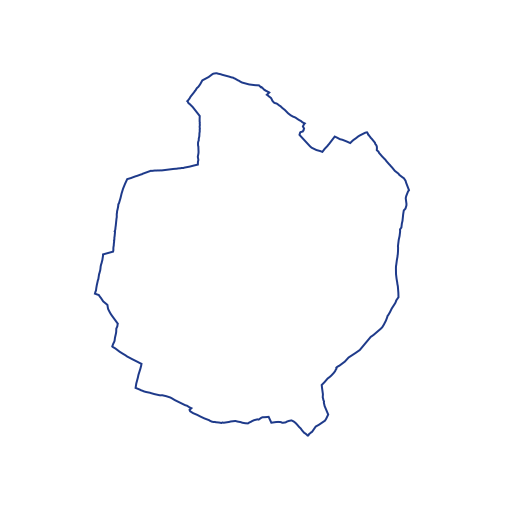 the district of Vegårshei nor, Aust-Agder, Norway, rotated 164°
{"feature_id": "86288312B64085971286736", "entity_name": "Vegårshei nor", "entity_type": "district", "adm_level": 2, "iso_a3": "NOR", "parent_name": "Norway", "parent_adm1": "Aust-Agder", "projection": "mercator", "projection_center": [8.831, 58.755], "detail": "fine", "context": "isolated", "style": "outline", "palette": "blue", "viewbox_px": 512, "rotation_deg": 164, "n_neighbors": 0, "source": "geoboundaries", "source_scale": "gbopen_adm2", "svg_char_len": 6033}
<svg xmlns="http://www.w3.org/2000/svg" viewBox="0 0 512 512"><g transform="rotate(164 256 256)"><path d="M378.3,334.7L379.0,332.2L379.2,331.6L379.8,330.4L382.5,323.7L383.2,322.2L383.5,321.3L383.8,320.8L384.0,320.1L385.0,318.7L384.8,318.5L384.8,318.3L385.0,317.7L386.5,313.9L387.1,312.7L387.5,311.2L388.2,310.1L388.1,309.7L388.5,308.9L388.7,308.2L389.1,307.4L389.9,305.2L390.6,303.8L391.0,302.7L391.5,300.9L392.2,299.6L402.6,299.7L402.9,298.6L404.8,294.5L405.2,293.8L405.5,293.4L406.3,291.9L407.2,290.6L408.1,289.0L408.9,287.0L409.7,285.2L411.4,282.4L411.8,281.9L414.0,277.1L414.6,276.4L417.1,271.8L418.4,269.1L419.3,267.0L420.3,265.7L421.2,264.2L418.6,262.3L417.9,261.9L417.3,260.0L416.7,258.6L416.0,256.4L415.4,254.5L413.0,251.0L412.3,249.9L412.6,247.6L412.7,246.8L412.7,245.4L412.2,242.9L411.7,240.7L411.0,238.5L407.5,229.0L407.8,228.6L408.7,226.6L410.3,224.7L411.3,221.6L412.0,220.1L414.1,216.3L414.9,214.4L415.5,213.2L416.3,212.2L417.5,210.9L419.1,208.7L418.9,208.2L416.7,205.9L413.5,201.6L410.8,198.6L408.9,196.6L407.4,194.7L406.7,194.1L403.6,191.1L398.4,186.3L397.6,185.5L395.8,183.9L396.8,181.9L398.3,179.4L401.8,174.1L403.0,171.8L406.2,166.5L408.1,162.4L404.4,159.5L403.9,158.9L402.2,157.7L401.0,156.7L399.2,155.6L395.5,153.7L395.0,153.3L391.8,151.3L387.4,148.9L386.6,148.5L384.5,148.0L383.1,147.2L381.1,146.1L377.5,143.7L376.3,142.6L373.8,139.9L365.2,132.1L363.6,131.1L361.7,128.9L360.1,127.5L362.3,126.4L362.1,124.9L359.8,122.3L356.2,119.4L353.8,117.1L350.5,114.2L346.2,111.0L346.0,110.6L344.2,109.0L342.5,108.1L341.2,107.8L340.5,107.3L337.4,106.1L335.2,105.0L334.2,105.2L333.0,104.6L327.6,103.9L325.9,103.9L321.3,103.1L319.3,101.9L316.6,100.6L315.1,99.5L312.4,98.2L309.9,97.3L309.4,97.4L308.4,97.8L306.7,98.0L305.2,98.4L303.1,98.7L299.7,98.6L298.5,98.0L295.6,99.0L294.3,99.2L291.0,98.4L288.2,97.9L287.2,91.5L282.7,90.9L280.4,90.4L277.9,89.5L277.2,88.8L276.3,88.3L273.6,87.9L272.5,88.1L272.0,88.3L269.9,88.4L267.3,88.2L266.3,87.4L265.2,86.3L264.0,84.6L263.0,82.7L261.6,79.6L260.6,78.0L259.8,75.7L258.4,72.7L257.6,71.9L256.4,70.2L256.0,69.3L255.6,69.0L254.9,69.3L253.9,70.3L252.4,70.8L251.6,71.3L250.6,71.5L245.6,75.6L242.1,76.4L235.1,78.7L233.5,80.1L230.3,83.7L231.4,93.0L231.3,94.1L231.3,94.9L231.2,96.3L230.7,97.5L230.9,98.7L230.9,99.5L230.8,100.2L230.8,101.8L229.8,104.6L228.9,110.9L228.4,113.9L225.0,115.8L220.9,118.5L218.5,119.4L216.6,120.3L213.6,122.1L211.7,123.5L210.6,124.8L209.7,125.5L209.6,126.5L208.6,127.0L208.3,127.0L207.0,127.5L206.3,127.5L199.7,130.0L195.0,132.9L187.2,135.3L182.2,137.0L167.9,146.7L166.8,147.0L164.6,147.8L156.1,151.7L154.3,152.7L151.8,155.0L151.0,155.9L150.5,156.4L149.0,158.0L147.1,160.5L146.0,162.2L145.1,162.8L142.6,165.2L140.0,168.1L136.1,171.5L135.0,172.5L133.7,174.1L133.6,174.5L130.4,177.1L129.3,181.4L128.0,187.8L127.8,190.3L127.6,191.3L127.5,192.3L127.1,195.7L126.4,200.0L124.8,205.9L124.2,207.7L123.7,208.7L121.7,213.3L120.2,216.3L119.9,217.2L119.3,218.4L118.2,221.4L117.1,224.9L116.9,226.1L116.6,226.9L114.4,232.1L112.5,235.6L111.3,238.4L110.7,239.9L110.2,241.9L108.4,243.3L106.8,247.1L105.5,249.4L103.0,255.6L101.5,258.8L101.3,259.1L99.3,260.3L98.2,262.0L97.5,263.1L97.0,264.6L96.2,270.0L96.0,270.6L95.1,272.2L92.1,276.1L90.8,277.1L91.5,285.1L91.5,287.1L92.2,289.3L92.4,289.9L92.7,290.4L93.3,291.0L95.3,293.7L96.0,294.7L96.3,295.8L99.1,299.6L100.7,303.4L101.9,305.8L102.2,306.6L102.6,307.2L104.3,310.8L104.9,312.2L105.1,313.0L105.9,314.2L106.2,314.9L107.3,316.9L108.3,319.1L109.3,321.2L109.5,322.6L110.7,324.4L110.5,325.1L110.0,326.4L109.7,328.0L109.8,329.2L110.0,329.8L110.3,330.4L110.5,331.2L110.4,332.0L112.5,336.9L113.2,338.1L113.4,338.9L114.1,340.5L114.3,341.3L114.8,341.8L114.7,342.5L115.0,343.8L115.2,344.3L117.0,344.4L122.8,343.3L124.7,342.8L127.6,341.6L130.3,340.7L131.8,340.0L134.3,338.6L137.4,341.2L140.9,343.9L143.2,345.2L145.2,347.2L147.4,349.1L155.2,343.3L155.8,343.0L156.8,342.2L160.4,340.1L163.5,337.8L165.4,339.2L168.7,341.2L172.7,344.8L173.8,346.5L180.7,360.2L180.8,360.5L180.4,361.1L179.6,362.4L179.4,362.6L179.1,362.8L176.7,362.8L176.1,363.5L175.7,363.6L175.5,364.1L175.2,364.6L174.7,365.1L174.8,366.0L175.1,367.0L175.2,367.7L174.9,368.0L174.6,368.2L173.7,369.3L173.3,369.6L172.6,370.0L174.5,371.7L175.6,373.4L176.9,374.6L178.4,376.3L179.5,377.7L180.6,378.8L181.8,379.6L183.8,381.6L185.8,384.3L188.0,388.4L189.8,390.9L190.7,392.4L191.1,393.2L192.1,394.2L193.6,396.3L194.3,397.0L195.7,397.8L196.5,398.6L197.5,400.8L197.7,402.4L198.1,403.9L199.7,406.0L200.5,407.3L201.1,408.0L198.2,409.5L198.8,410.2L199.4,410.6L200.3,411.6L201.2,412.3L201.3,412.5L201.4,412.8L201.9,413.0L202.5,413.9L203.1,415.2L203.6,415.7L204.0,416.7L204.3,417.0L204.8,416.9L206.1,419.2L209.9,420.5L215.3,422.8L221.6,426.6L223.1,428.0L223.8,428.9L225.0,429.9L227.3,432.3L228.1,432.9L228.8,433.7L230.4,434.5L232.3,435.8L238.5,439.5L239.9,440.5L242.2,441.7L243.4,442.5L244.2,442.7L246.4,443.0L247.5,442.9L252.2,441.1L259.2,439.6L262.2,436.6L263.4,435.6L264.8,434.5L266.5,433.7L267.9,432.5L268.1,432.2L268.9,431.6L269.3,431.5L269.6,431.1L270.9,430.1L275.0,427.2L276.6,425.6L277.7,424.9L278.2,424.4L279.3,423.8L279.0,423.4L279.0,422.5L278.8,421.7L278.6,421.2L278.1,420.8L275.8,416.7L271.5,406.1L272.4,403.3L273.1,400.9L273.2,399.8L273.5,399.2L273.9,397.3L274.5,396.0L274.6,395.5L274.8,394.6L274.9,393.7L275.2,393.3L275.8,391.1L276.5,389.7L277.5,386.7L278.7,384.5L279.2,382.9L279.9,382.0L280.4,381.1L280.7,380.2L281.0,379.2L281.3,377.8L281.2,377.3L281.5,376.1L282.6,371.7L283.1,370.4L284.6,367.4L284.9,364.5L285.0,364.1L285.8,362.7L286.7,359.9L290.9,360.1L295.1,360.2L300.5,360.7L301.6,360.6L303.5,361.2L304.1,361.1L307.0,361.7L307.8,361.7L311.1,362.4L322.7,364.2L330.0,366.1L332.7,366.5L333.5,366.9L342.3,366.3L343.3,366.0L344.0,366.1L348.2,365.8L350.0,365.8L353.8,365.5L354.4,365.4L358.6,365.4L361.9,361.6L365.2,357.4L368.0,353.1L370.3,349.0L371.2,347.6L373.1,344.6L373.6,344.0L374.1,343.7L374.4,342.7L374.6,342.4L374.6,342.2L374.9,341.5L375.1,341.3L375.2,340.9L375.3,340.6L375.5,340.4L376.0,339.4L377.2,337.3L377.7,335.9L378.3,334.7Z" fill="none" stroke="#1e3a8a" stroke-width="2"/></g></svg>